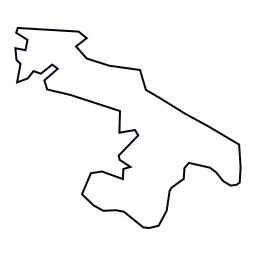 outline of Khadjaabad, Andijon, Uzbekistan
{"feature_id": "79887680B20673665411961", "entity_name": "Khadjaabad", "entity_type": "district", "adm_level": 2, "iso_a3": "UZB", "parent_name": "Uzbekistan", "parent_adm1": "Andijon", "projection": "orthographic", "projection_center": [72.575, 40.634], "detail": "fine", "context": "isolated", "style": "outline", "palette": "ink", "viewbox_px": 256, "rotation_deg": 0, "n_neighbors": 0, "source": "geoboundaries", "source_scale": "gbopen_adm2", "svg_char_len": 810}
<svg xmlns="http://www.w3.org/2000/svg" viewBox="0 0 256 256"><path d="M16.5,59.9L20.5,63.9L17.1,82.4L27.8,78.4L33.5,71.1L40.9,73.7L52.2,64.6L57.7,68.8L44.4,80.4L47.2,89.5L70.3,94.9L120.0,111.1L119.4,132.7L135.0,130.0L138.2,135.4L118.7,155.6L119.7,159.9L130.4,166.9L123.4,169.0L122.9,179.1L101.9,171.5L90.9,173.2L82.0,194.3L93.6,205.4L103.2,210.8L115.8,210.2L123.8,211.7L143.3,227.4L149.2,228.0L158.6,225.8L166.7,210.7L169.6,191.0L171.6,187.6L183.8,178.8L184.4,168.1L188.9,162.9L210.0,167.7L216.0,172.2L223.4,181.3L230.7,185.6L236.5,184.8L239.7,182.6L240.6,167.5L239.6,151.6L239.1,144.6L209.1,126.8L185.4,113.9L160.1,98.2L145.9,89.9L140.0,70.0L109.2,65.7L86.7,58.5L76.0,46.4L86.7,38.2L78.7,31.6L17.7,28.0L16.2,32.8L27.5,39.9L25.5,50.2L15.4,48.2L16.5,59.9Z" fill="none" stroke="#020617" stroke-width="2"/></svg>